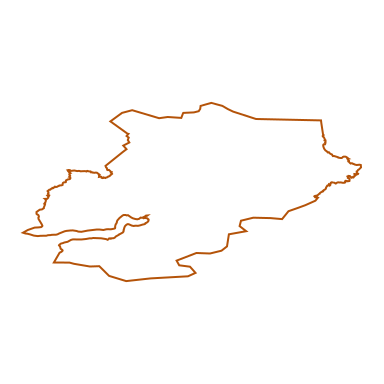 outline of Årdal nor, Sogn og Fjordane, Norway
{"feature_id": "86288312B26469823377508", "entity_name": "Årdal nor", "entity_type": "district", "adm_level": 2, "iso_a3": "NOR", "parent_name": "Norway", "parent_adm1": "Sogn og Fjordane", "projection": "robinson", "projection_center": [7.89, 61.286], "detail": "fine", "context": "isolated", "style": "outline", "palette": "amber", "viewbox_px": 384, "rotation_deg": 0, "n_neighbors": 0, "source": "geoboundaries", "source_scale": "gbopen_adm2", "svg_char_len": 5916}
<svg xmlns="http://www.w3.org/2000/svg" viewBox="0 0 384 384"><path d="M253.3,217.7L270.6,218.1L282.1,219.1L288.5,211.2L298.5,207.7L305.3,205.2L315.4,200.7L317.8,197.8L317.3,197.7L317.6,197.5L317.4,197.4L316.9,197.3L316.7,197.5L316.0,197.4L315.9,197.2L315.1,197.2L314.9,196.8L315.6,196.4L314.7,196.7L314.4,196.3L314.8,196.0L317.4,195.4L319.1,193.9L319.7,193.7L319.8,193.2L320.9,192.3L323.2,191.3L323.2,191.0L323.0,190.8L323.9,190.1L325.3,189.3L325.9,188.6L326.0,187.7L326.7,186.5L327.1,186.2L327.2,185.7L328.1,185.5L328.1,185.2L328.8,184.8L329.0,184.1L329.7,184.3L330.0,185.3L330.3,185.0L330.3,184.1L330.7,183.6L330.8,182.8L331.2,182.7L331.5,182.3L332.1,182.3L333.9,182.8L334.1,183.0L333.9,183.1L334.5,182.8L335.5,183.5L335.9,183.5L336.5,182.9L338.1,182.3L339.5,182.5L340.8,182.4L342.7,182.8L344.1,182.8L345.1,182.5L345.4,182.2L345.4,181.8L345.1,181.3L345.5,180.8L347.1,181.0L347.6,181.3L349.4,181.0L349.6,179.8L349.5,179.0L349.1,178.6L347.8,177.9L347.8,177.1L348.8,176.3L347.7,176.5L347.6,176.4L348.3,176.1L347.6,175.7L348.2,175.9L349.8,176.0L349.9,176.6L350.9,177.0L351.0,177.3L351.3,177.3L351.5,177.6L351.9,177.3L352.3,177.3L353.1,177.6L353.3,177.5L353.0,177.1L353.1,176.8L354.5,176.2L355.3,175.5L354.7,175.1L354.5,174.5L356.1,174.8L356.6,174.5L356.3,174.2L357.3,174.3L357.9,174.1L358.1,173.7L357.3,173.2L356.7,172.4L356.6,172.0L357.0,171.5L356.9,171.3L357.4,171.0L358.1,169.9L358.9,169.5L361.0,167.4L360.8,165.0L359.5,164.7L356.7,165.0L354.6,164.5L353.7,163.9L353.3,164.0L351.9,163.2L350.7,163.5L350.6,163.3L350.2,163.2L349.4,162.4L349.1,161.9L348.6,161.6L348.7,161.4L348.4,161.1L348.7,160.9L349.0,161.0L349.0,160.8L348.2,159.8L348.3,159.8L348.3,159.7L347.6,158.7L348.2,158.6L347.6,158.3L347.7,158.0L346.8,157.3L345.7,156.7L343.8,156.6L342.8,157.0L342.4,157.5L341.7,158.0L340.6,158.0L338.2,157.6L338.0,157.2L334.0,156.0L332.9,156.1L332.2,155.0L332.1,154.6L330.6,153.9L329.7,153.3L329.0,152.3L328.4,152.2L327.9,152.5L327.6,152.3L326.9,151.4L325.4,150.4L324.1,148.6L323.4,146.7L323.2,145.5L323.3,144.8L323.7,144.3L325.0,144.3L325.3,143.7L325.4,143.0L325.1,142.5L325.6,141.9L325.4,141.2L325.5,140.5L324.6,140.3L324.9,139.5L324.0,137.5L322.8,136.4L322.7,136.1L323.5,135.5L323.6,135.1L323.1,134.8L321.3,122.9L321.0,120.4L256.0,119.0L233.1,111.6L227.7,109.0L222.4,105.9L211.3,102.9L200.6,105.9L200.2,108.9L198.7,111.2L193.9,112.4L183.3,112.9L183.1,113.1L181.3,117.9L167.7,117.0L159.1,118.2L132.2,110.2L122.0,112.9L110.4,121.4L127.4,133.6L128.4,133.9L126.6,136.0L128.7,137.6L127.8,140.0L129.3,142.5L123.3,145.6L126.5,149.2L122.8,152.0L105.5,165.9L106.1,167.5L106.8,168.0L107.1,169.0L107.1,169.7L107.8,170.1L108.9,169.9L110.4,171.2L110.7,172.1L111.4,172.1L111.1,172.7L111.7,172.9L112.1,173.8L109.7,175.8L109.6,176.1L107.9,176.7L107.5,177.2L105.9,177.6L105.5,178.0L103.8,177.5L103.7,177.9L102.6,178.1L101.6,177.8L101.5,176.9L100.6,176.6L99.0,176.9L99.1,176.4L99.4,176.2L99.4,175.6L98.9,175.2L98.8,174.8L99.3,174.5L96.9,172.7L95.6,172.6L94.5,172.8L93.4,172.6L93.0,172.7L92.5,172.3L91.0,172.3L90.8,171.6L90.4,171.4L89.5,171.5L87.2,170.9L86.7,171.1L86.8,171.3L86.6,171.5L85.0,171.1L80.3,171.3L79.8,171.0L78.8,170.9L77.2,171.1L74.3,170.5L70.8,170.9L70.1,170.5L69.9,170.1L68.4,170.0L67.7,170.2L68.2,170.7L68.1,171.1L68.5,171.5L70.3,173.0L69.6,173.2L69.9,173.7L69.3,174.4L69.6,175.2L70.0,175.5L69.3,176.7L69.7,176.7L70.3,177.3L70.1,178.0L70.3,178.4L69.9,179.0L68.9,179.3L67.8,179.4L65.9,180.5L65.9,182.0L65.7,182.2L63.8,182.4L63.0,182.9L62.7,183.5L62.6,184.9L61.7,185.3L59.3,185.5L59.0,185.9L58.2,186.1L57.3,186.7L56.2,187.0L55.0,186.7L54.8,187.2L53.9,187.4L53.3,188.1L52.4,187.9L52.1,188.5L51.1,188.8L50.3,189.7L49.3,189.7L47.6,191.1L48.5,192.2L48.0,193.6L48.6,194.1L48.6,194.6L48.2,195.0L47.3,195.5L47.9,196.1L48.9,196.0L48.2,197.3L48.2,197.7L47.2,198.8L45.0,198.9L45.8,199.6L46.0,200.1L45.7,200.8L45.7,201.7L44.8,203.0L45.0,203.3L44.3,203.9L45.0,204.6L43.7,207.8L43.8,208.2L42.0,209.4L39.7,209.7L36.5,212.0L36.5,213.8L37.1,214.4L38.0,214.8L38.5,215.3L38.7,215.8L38.9,216.8L38.4,217.5L38.5,218.9L41.8,224.4L42.4,225.8L42.2,226.3L41.1,227.1L38.5,227.4L34.6,227.6L27.8,230.0L23.0,232.7L25.4,233.5L27.3,233.7L30.1,234.4L33.8,235.6L37.8,236.1L40.5,235.8L46.4,235.7L48.0,235.2L50.4,235.1L51.9,234.8L56.1,234.7L57.6,234.3L59.1,233.5L64.6,231.3L66.4,230.9L70.3,230.5L72.8,230.4L76.7,231.0L78.3,231.6L81.4,231.8L87.6,230.6L97.0,229.5L99.2,229.5L103.4,230.0L106.3,229.3L107.9,229.2L110.9,229.3L114.0,228.7L115.0,228.3L115.2,227.6L115.1,226.8L115.4,225.3L115.7,224.3L116.4,223.5L116.6,222.8L116.9,222.2L116.9,221.5L117.4,220.4L119.5,218.0L122.6,215.5L123.7,215.0L125.7,215.0L126.5,215.4L128.0,215.2L131.3,217.5L132.9,218.3L135.3,219.0L137.3,219.3L139.2,218.8L140.6,217.6L142.1,217.8L144.7,216.6L146.6,215.2L146.4,215.6L147.4,215.5L147.0,215.8L146.0,216.0L144.8,216.9L143.3,217.5L143.0,217.8L143.9,218.1L143.5,218.0L143.6,217.8L144.1,217.9L144.1,218.1L145.4,217.8L145.5,218.0L147.4,218.4L147.9,219.0L148.5,219.4L148.6,219.7L148.3,220.0L148.5,220.7L148.1,221.5L146.5,222.8L145.5,223.1L145.4,223.6L145.2,223.8L144.4,224.2L142.5,224.6L140.0,225.4L138.1,225.8L135.1,225.7L133.8,226.0L131.8,225.6L128.9,224.3L127.9,224.1L127.2,224.3L126.0,225.1L124.9,226.3L124.1,228.3L124.1,228.9L123.7,229.6L123.7,230.6L123.4,231.1L123.5,231.6L122.8,232.5L119.9,234.1L119.2,234.3L119.0,234.7L115.8,236.5L114.8,237.6L113.6,238.2L109.8,238.4L109.9,238.6L109.2,238.5L107.7,239.8L106.1,239.1L101.2,238.3L93.2,238.0L91.2,238.4L89.8,238.3L86.0,239.0L81.1,239.5L72.9,239.4L71.0,239.9L67.6,241.8L64.3,242.5L62.9,243.1L60.9,243.6L59.2,244.9L59.0,245.4L59.9,246.2L59.9,246.5L60.2,246.9L60.6,248.7L62.3,249.9L62.6,250.4L62.4,251.0L61.3,251.9L59.6,252.7L53.9,262.5L69.5,262.6L73.9,263.8L89.9,266.5L99.3,266.2L109.1,275.9L126.2,281.1L150.6,278.4L188.0,276.3L195.5,272.9L190.0,266.7L179.2,265.3L176.6,260.6L196.4,253.0L210.0,253.5L221.5,250.7L227.0,246.4L228.9,234.3L246.2,231.2L239.6,226.1L241.0,220.7L253.3,217.7Z" fill="none" stroke="#b45309" stroke-width="2"/></svg>